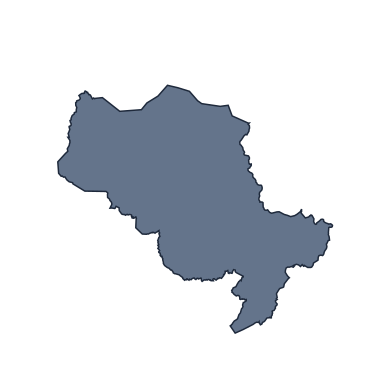 Nuevo Urecho, Michoacán, Mexico, rotated 139°
{"feature_id": "50627088B91351647452865", "entity_name": "Nuevo Urecho", "entity_type": "district", "adm_level": 2, "iso_a3": "MEX", "parent_name": "Mexico", "parent_adm1": "Michoacán", "projection": "robinson", "projection_center": [-101.855, 19.159], "detail": "fine", "context": "isolated", "style": "filled", "palette": "slate", "viewbox_px": 384, "rotation_deg": 139, "n_neighbors": 0, "source": "geoboundaries", "source_scale": "gbopen_adm2", "svg_char_len": 5996}
<svg xmlns="http://www.w3.org/2000/svg" viewBox="0 0 384 384"><g transform="rotate(139 192 192)"><path d="M241.9,321.9L241.8,321.6L242.4,321.2L243.1,319.5L245.1,318.3L247.1,317.4L248.7,314.0L249.8,314.8L250.3,311.1L251.8,309.3L253.0,308.7L253.9,307.8L257.8,306.4L259.0,304.2L262.2,304.1L273.5,302.8L280.4,293.6L280.4,289.7L279.5,289.2L279.2,287.5L278.0,286.7L278.5,283.2L278.0,280.3L276.0,277.4L276.5,276.2L272.3,263.0L256.5,248.8L256.4,248.4L256.2,246.5L257.5,245.5L259.3,243.2L258.9,241.0L259.5,239.3L259.4,237.8L259.9,236.2L260.7,235.2L264.5,233.6L263.1,232.6L261.1,230.2L260.6,230.2L258.7,231.0L257.4,227.9L259.1,225.7L259.5,221.6L259.2,220.9L258.7,220.1L258.0,219.7L257.4,218.1L256.4,218.1L256.0,217.5L255.5,217.5L255.1,216.5L253.8,216.0L252.9,214.7L252.8,214.0L253.6,213.4L254.2,211.6L253.7,211.4L253.1,212.1L252.8,211.7L253.5,211.1L253.5,210.7L252.5,210.2L251.1,210.3L250.9,210.0L251.6,209.9L251.1,208.9L251.5,208.3L252.1,208.0L257.9,201.9L257.1,192.9L254.1,190.0L253.2,189.7L252.7,189.0L250.5,188.4L249.1,187.7L248.5,187.7L248.3,186.9L247.4,186.7L246.9,185.2L245.4,185.1L244.0,184.6L242.9,184.8L242.3,184.6L242.9,184.2L243.3,182.3L244.3,182.2L245.4,179.5L246.7,179.5L249.9,177.7L250.1,176.5L251.0,176.1L251.5,174.3L252.0,173.9L252.7,174.2L253.1,172.3L254.8,171.8L254.7,170.0L254.9,169.0L256.4,168.7L256.7,168.1L256.2,166.7L256.9,165.8L257.0,165.2L257.6,165.0L257.6,163.5L256.9,163.3L257.0,162.9L257.6,162.0L257.8,160.8L258.6,160.0L259.6,157.9L260.5,156.8L260.9,154.5L260.2,151.2L259.3,149.4L259.3,147.6L259.1,146.8L258.6,146.5L258.7,144.2L259.2,143.4L258.8,141.9L258.0,141.0L255.9,137.7L255.9,136.9L255.2,133.6L255.7,132.7L255.5,130.3L254.7,130.3L254.1,129.5L253.0,129.9L252.6,129.6L252.7,128.8L252.4,128.7L252.1,127.4L250.9,127.7L250.8,127.1L250.0,126.3L248.8,126.6L247.0,125.9L246.7,125.5L246.9,124.5L246.5,123.4L245.2,123.6L244.7,123.2L244.5,123.3L244.0,122.7L244.1,122.1L241.7,121.2L241.7,120.9L243.0,118.8L243.0,117.9L240.5,117.7L239.5,116.6L238.7,116.5L238.4,115.6L237.2,115.4L236.5,114.7L236.5,114.1L235.9,113.8L235.8,113.5L236.1,113.2L235.8,112.5L234.1,111.0L233.8,112.2L232.8,112.5L232.1,112.0L232.0,110.8L231.6,109.7L229.9,109.7L229.4,110.0L228.6,109.1L227.6,109.3L227.0,108.6L226.4,107.5L222.7,108.2L222.2,109.0L221.5,108.6L220.0,109.2L219.0,110.4L218.0,109.6L216.5,109.3L217.8,107.0L217.5,106.2L216.6,106.4L215.2,104.4L214.5,104.5L213.9,105.3L211.5,106.1L210.6,104.7L211.6,103.5L211.5,102.1L208.6,94.8L209.2,94.3L209.8,94.7L210.6,94.5L212.7,93.1L212.6,93.5L213.5,93.8L214.6,93.5L215.4,93.7L218.0,92.9L221.0,91.7L223.8,92.6L225.0,92.0L226.6,91.7L226.7,90.9L227.6,90.3L227.3,89.0L227.4,87.2L226.8,84.5L225.2,83.9L224.6,83.0L224.8,81.7L226.2,79.7L225.8,79.0L224.2,78.4L224.2,77.9L222.9,77.1L223.0,76.2L221.6,75.3L222.4,74.3L225.6,74.6L225.8,74.9L228.0,73.5L228.6,72.2L229.9,71.5L231.3,71.3L234.8,69.0L237.1,68.6L240.5,66.6L241.5,66.4L244.8,66.9L247.5,66.3L248.2,65.9L249.3,66.0L249.9,65.7L251.0,65.9L252.0,57.2L243.8,54.7L232.8,52.0L230.3,51.8L228.6,51.3L227.4,49.9L226.5,50.1L227.0,49.4L227.5,46.9L226.0,46.5L224.3,47.3L222.9,46.9L221.6,46.9L218.4,47.7L217.8,47.6L216.2,46.4L215.5,46.4L215.5,45.7L214.7,45.0L213.6,46.2L212.1,46.6L211.4,47.5L210.6,47.7L209.9,49.3L209.5,49.5L207.8,48.8L205.2,49.6L204.9,50.2L204.0,50.9L202.2,50.9L201.2,51.6L201.2,53.1L200.9,54.4L200.3,55.2L198.2,55.0L198.4,56.1L196.9,56.5L195.2,59.5L194.7,60.0L189.8,61.5L188.7,61.5L186.0,60.3L185.1,60.2L182.5,62.2L175.8,63.5L174.8,63.4L175.0,65.9L174.3,70.2L172.5,71.9L170.7,72.9L169.1,72.6L167.7,71.3L165.9,70.6L164.9,68.8L163.2,69.0L163.6,70.0L160.7,69.0L159.4,67.1L159.0,64.6L156.5,64.9L156.5,62.7L156.0,62.5L155.4,62.9L154.2,59.2L151.8,57.1L150.9,56.8L148.6,57.4L146.9,58.7L141.6,57.9L139.5,60.0L137.9,60.7L136.1,59.8L135.2,58.4L134.8,58.3L133.1,58.8L132.0,59.7L130.3,60.5L127.7,61.1L126.1,62.2L124.7,64.6L123.6,64.8L121.1,66.0L119.8,65.4L117.9,68.2L117.0,70.5L116.1,71.2L115.7,71.9L112.1,75.4L111.4,75.3L110.2,74.1L108.9,73.8L107.8,74.7L107.9,76.0L108.2,77.0L110.1,78.3L110.1,78.9L110.9,80.1L111.7,81.9L111.9,83.5L111.0,84.5L111.0,85.3L111.6,86.1L112.7,86.7L114.6,86.5L118.2,86.8L119.0,86.2L119.8,86.4L120.1,86.8L120.1,88.5L119.5,90.0L117.6,91.7L116.8,95.6L117.2,96.5L117.6,96.1L118.6,96.8L120.3,96.6L123.5,98.1L123.4,104.7L122.9,105.2L122.2,105.3L120.5,107.2L123.1,106.1L127.3,106.3L130.0,106.8L133.7,108.7L135.3,111.8L137.1,114.5L139.2,119.9L141.0,121.3L145.8,123.7L146.7,125.5L146.8,126.3L146.6,128.9L147.5,129.2L148.8,130.4L148.9,131.7L148.4,132.5L148.2,133.9L145.4,137.4L145.7,138.5L147.4,139.9L146.9,140.4L146.6,142.3L145.5,143.5L143.5,144.6L142.6,146.3L141.3,147.3L138.0,147.7L137.1,148.3L136.3,149.1L135.4,150.7L135.4,151.9L136.4,152.6L137.0,153.3L137.5,154.4L137.6,155.2L137.2,156.2L137.3,157.5L136.4,158.6L136.0,160.0L136.3,163.0L135.6,164.4L134.6,165.3L134.5,167.1L135.3,168.7L135.6,170.4L135.6,171.4L134.8,172.5L134.4,172.8L132.5,172.3L131.6,172.8L130.2,173.0L129.5,173.5L129.0,174.2L129.4,174.3L129.9,175.3L130.1,174.9L130.4,175.5L130.0,176.6L128.3,179.0L127.1,179.2L126.1,180.3L125.7,182.2L128.1,185.4L128.1,186.1L127.8,186.8L126.4,187.4L126.1,188.0L125.9,190.0L124.5,192.4L124.5,194.0L124.2,194.8L124.6,196.4L123.2,198.4L122.5,198.7L120.7,198.9L115.8,200.3L113.6,200.2L113.1,199.1L109.0,200.6L108.0,201.7L106.6,202.5L105.2,204.4L105.2,206.3L103.6,206.5L104.3,207.0L111.8,223.1L107.8,233.7L114.5,238.1L126.7,252.3L127.9,257.2L127.9,269.7L134.3,280.0L140.5,288.6L154.8,286.7L167.6,288.8L176.2,287.3L193.6,300.3L197.7,322.0L203.7,326.2L204.2,326.2L204.6,327.5L206.1,327.6L205.1,331.8L205.5,333.0L205.9,333.0L205.8,334.4L205.4,335.7L206.0,335.9L205.9,337.1L206.4,338.3L208.1,337.7L208.3,337.2L208.9,337.3L210.4,338.6L212.7,339.0L213.3,338.7L214.0,339.0L214.6,336.4L215.1,335.7L217.4,335.5L218.2,336.1L219.3,336.4L220.2,335.6L221.2,335.7L222.9,333.6L223.5,331.4L225.5,329.9L226.7,328.4L228.7,329.1L229.6,328.2L232.3,328.3L235.0,326.9L235.8,325.8L237.2,326.0L238.1,324.2L238.3,323.0L239.3,321.8L240.3,321.6L241.4,322.1L241.9,321.9Z" fill="#64748b" stroke="#1e293b" stroke-width="1.5"/></g></svg>